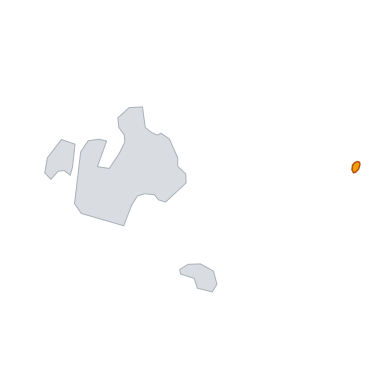 location of Brändö within Aland, rotated 21°
{"feature_id": "ALD-4823", "entity_name": "Brändö", "entity_type": "state/province", "adm_level": 1, "iso_a3": "ALA", "parent_name": "Aland", "parent_adm1": "", "projection": "albers", "projection_center": [21.08, 60.465], "detail": "fine", "context": "in_parent", "style": "filled", "palette": "amber", "viewbox_px": 384, "rotation_deg": 21, "n_neighbors": 0, "source": "natural_earth", "source_scale": "10m", "svg_char_len": 972}
<svg xmlns="http://www.w3.org/2000/svg" viewBox="0 0 384 384"><g transform="rotate(21 192 192)"><path d="M133.6,151.1L139.3,151.3L141.9,148.2L151.8,150.6L166.5,165.3L169.5,173.2L179.7,177.4L183.2,185.6L170.9,210.9L163.5,211.3L158.0,208.0L148.3,210.6L142.5,215.3L140.4,225.9L140.3,248.0L96.4,251.7L86.5,245.0L73.7,194.4L76.7,181.4L86.1,176.1L94.0,175.1L94.6,202.2L106.3,199.7L110.3,181.9L111.4,169.4L108.3,163.0L100.5,157.9L96.2,149.4L103.0,135.9L115.2,130.3L125.3,148.6L133.6,151.1ZM71.5,211.6L72.3,220.0L65.2,217.7L59.6,220.5L55.7,230.8L47.7,226.9L44.7,211.9L51.3,189.8L65.7,189.3L71.5,211.6ZM248.3,269.1L246.7,278.0L231.4,279.9L225.0,271.9L210.7,272.7L208.3,268.7L214.3,260.9L225.7,256.1L240.4,258.2L248.3,269.1Z" fill="#d9dde1" stroke="#a8b0b8" stroke-width="1"/><path d="M337.8,104.4L338.9,106.1L339.3,110.7L337.7,114.9L335.9,116.1L333.4,113.9L332.3,109.4L333.3,106.6L335.5,104.3L337.0,104.1L337.8,104.4Z" fill="#f59e0b" stroke="#b45309" stroke-width="1.5"/></g></svg>